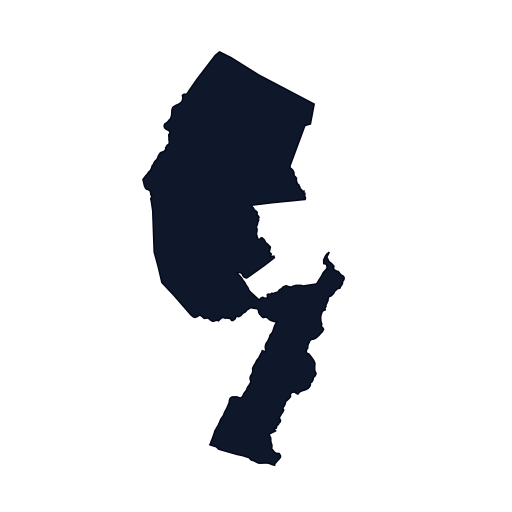 the district of Morada Nova, Ceará, Brazil, rotated 164°
{"feature_id": "56859067B80919104453248", "entity_name": "Morada Nova", "entity_type": "district", "adm_level": 2, "iso_a3": "BRA", "parent_name": "Brazil", "parent_adm1": "Ceará", "projection": "robinson", "projection_center": [-38.436, -4.973], "detail": "fine", "context": "isolated", "style": "filled", "palette": "ink", "viewbox_px": 512, "rotation_deg": 164, "n_neighbors": 0, "source": "geoboundaries", "source_scale": "gbopen_adm2", "svg_char_len": 6107}
<svg xmlns="http://www.w3.org/2000/svg" viewBox="0 0 512 512"><g transform="rotate(164 256 256)"><path d="M282.8,428.0L283.8,426.0L285.1,424.6L286.9,423.8L288.4,423.3L291.6,422.9L294.4,422.1L295.7,421.0L296.6,419.5L297.9,415.7L298.5,414.3L300.2,411.6L302.0,410.7L303.1,409.8L304.4,409.1L305.7,408.5L307.1,408.2L308.1,407.2L308.6,405.8L308.5,404.4L307.4,402.5L306.1,401.5L304.8,399.9L304.6,398.2L305.4,397.3L306.4,396.8L307.3,392.9L307.7,391.5L307.8,390.2L308.1,388.9L309.0,387.5L311.0,386.9L312.1,385.7L313.0,385.0L313.6,383.1L315.7,381.9L319.0,381.7L320.3,381.0L322.5,378.9L323.5,377.3L325.2,375.8L326.5,375.3L328.3,373.8L329.5,372.2L330.7,371.5L331.5,370.5L332.2,369.2L333.2,368.2L334.0,367.2L335.3,366.7L336.6,365.9L337.6,364.8L339.3,363.9L343.6,360.7L343.9,354.1L343.5,351.7L342.8,350.4L341.8,349.8L340.7,348.9L339.7,347.4L340.2,343.8L339.7,342.2L340.5,341.0L341.5,339.9L341.5,338.0L342.8,328.1L352.8,287.9L353.0,272.4L353.8,256.4L346.0,241.3L334.7,217.1L333.5,215.4L332.4,214.1L331.2,213.7L329.1,214.0L326.8,214.6L325.7,214.2L324.4,212.5L323.1,210.3L319.5,209.7L318.2,208.3L317.4,206.9L316.2,205.6L315.0,204.9L313.0,205.1L311.3,205.0L309.8,204.0L308.5,204.9L306.9,205.6L304.7,206.2L303.2,204.9L300.9,204.3L297.9,202.9L297.3,200.8L296.0,200.3L293.6,201.2L292.4,202.5L291.6,203.6L289.4,202.4L287.8,202.7L286.4,203.2L285.3,204.0L283.7,204.8L281.9,205.1L280.7,205.7L279.6,206.7L278.4,206.9L276.1,207.6L274.7,207.6L273.5,206.8L269.3,204.9L268.7,203.6L268.9,201.1L268.7,199.4L267.7,197.7L267.3,196.4L266.1,194.8L264.5,194.7L262.6,194.2L261.5,192.6L260.7,191.2L259.4,189.9L257.7,188.7L256.1,187.7L254.1,187.0L256.9,184.3L258.7,181.9L260.2,179.5L261.5,177.9L264.3,176.1L265.5,174.0L267.1,172.2L268.1,171.0L270.4,169.2L271.5,167.6L272.3,165.7L272.5,163.7L273.0,162.3L274.1,161.4L275.0,162.5L276.1,163.3L277.1,161.8L278.3,160.7L281.6,157.1L283.1,156.2L284.6,154.9L285.8,153.4L288.3,151.2L290.3,148.9L290.6,147.1L291.2,145.6L291.9,144.4L293.1,143.1L294.2,142.3L295.2,140.8L295.7,138.8L295.4,137.1L296.3,135.6L298.5,133.5L299.9,132.5L301.1,131.2L302.2,129.6L304.2,128.2L305.7,127.0L307.3,125.1L308.5,124.2L309.6,123.8L311.0,124.2L312.3,125.3L313.6,126.0L316.1,126.7L317.9,127.1L320.2,126.3L321.4,124.5L322.0,122.7L323.1,121.4L325.6,118.2L328.8,114.9L330.1,113.4L330.8,112.2L332.1,111.0L334.9,108.8L336.7,106.4L339.4,103.3L341.3,101.6L343.8,99.1L345.3,96.7L349.0,91.6L350.3,90.1L351.1,88.6L352.4,87.3L350.9,86.2L346.9,83.6L346.2,82.6L345.2,80.6L343.9,79.8L328.7,70.3L324.4,68.1L318.2,64.0L317.5,62.4L316.8,61.2L314.2,59.5L311.4,56.8L310.4,56.1L308.8,55.6L303.6,54.3L302.4,53.9L301.1,53.3L300.0,52.6L297.7,50.8L295.8,49.7L295.1,51.1L291.3,53.6L290.0,54.3L288.3,55.5L287.5,56.9L287.7,58.2L288.3,59.9L289.8,60.3L291.2,60.9L292.4,62.5L294.1,66.6L293.1,68.6L292.8,70.4L292.9,72.0L292.9,73.8L292.4,75.2L292.0,77.4L292.4,79.2L292.5,80.8L291.1,81.5L289.8,81.6L288.3,82.0L286.9,82.1L285.4,82.5L286.2,83.6L285.9,85.1L284.2,84.8L283.4,85.9L282.6,87.3L280.9,87.9L279.9,89.1L278.6,89.7L277.7,91.2L278.2,93.4L277.6,94.9L276.1,96.1L275.0,97.4L273.7,98.1L271.8,100.3L272.3,101.6L271.5,103.1L270.3,104.0L269.0,105.4L267.1,108.5L266.0,108.6L262.9,110.3L261.5,111.4L261.3,112.8L260.8,114.1L259.1,114.9L257.2,114.8L256.0,114.2L255.1,112.8L253.8,111.7L251.8,113.2L249.1,113.7L244.8,113.8L242.1,114.5L240.3,115.8L239.3,116.9L239.0,118.2L238.4,119.2L237.1,119.5L235.4,121.1L234.4,123.2L231.9,124.7L230.6,126.6L231.1,129.3L230.6,131.7L229.6,134.8L229.0,136.1L229.0,137.9L229.3,139.6L229.8,141.2L230.8,144.1L231.6,145.7L231.9,146.9L233.9,148.6L234.0,150.7L233.0,152.2L231.7,153.1L230.8,155.8L229.7,157.3L228.8,158.1L228.0,159.3L226.8,160.3L225.3,160.5L223.6,160.2L221.4,160.5L219.2,161.4L217.3,162.4L215.7,163.4L214.7,164.1L213.6,164.6L212.4,165.6L211.2,167.0L211.7,168.9L212.6,170.1L212.2,171.3L211.4,172.5L211.7,174.3L210.9,178.7L210.1,180.7L208.4,183.3L207.3,184.7L204.2,185.2L204.1,187.1L202.7,188.0L202.3,189.7L200.9,191.1L200.1,192.3L199.1,193.2L198.5,194.8L197.4,196.6L196.1,196.9L194.8,196.9L191.9,198.5L189.8,200.6L188.2,201.3L186.9,202.1L184.1,202.0L183.4,203.0L182.5,203.9L181.3,204.7L180.3,206.0L179.7,207.7L178.0,209.0L177.2,210.8L177.6,212.5L179.7,214.7L180.4,216.4L181.1,218.4L182.6,219.2L185.1,221.8L183.9,224.8L185.5,228.0L187.0,230.0L187.7,231.6L187.7,233.0L188.2,234.5L187.9,235.8L185.8,238.0L184.5,239.6L187.6,238.2L189.6,236.5L192.1,233.5L193.0,230.0L191.6,229.3L190.6,228.4L190.8,225.2L192.2,223.8L195.3,221.9L196.7,220.8L197.5,219.7L200.4,217.0L202.0,215.7L204.6,213.2L205.7,212.5L218.9,214.2L220.5,215.2L222.1,215.8L224.1,216.3L225.6,216.8L227.4,216.7L228.9,216.8L230.6,216.4L232.2,217.1L233.7,217.9L235.0,219.1L236.9,219.0L238.9,218.6L240.4,217.5L241.8,217.3L242.9,216.9L244.0,216.1L244.9,215.3L247.8,215.4L249.7,215.1L251.1,215.9L252.3,215.3L253.5,215.4L254.7,216.1L255.9,215.7L256.0,214.3L256.5,212.7L258.3,212.8L259.5,213.2L260.9,214.5L262.9,214.2L264.1,213.4L265.2,213.0L271.6,223.5L272.3,225.2L272.4,227.3L273.7,231.4L274.0,233.2L274.5,234.7L275.2,236.2L275.7,238.2L276.3,239.7L277.2,241.6L278.5,243.7L278.5,245.0L276.3,244.6L274.9,243.7L274.2,242.1L274.0,240.8L273.5,239.3L272.3,238.2L271.2,237.4L268.3,238.3L250.5,244.6L238.8,249.3L238.8,250.9L242.4,251.5L240.7,253.8L242.2,256.0L239.7,260.6L240.3,261.9L242.1,265.0L243.1,266.3L243.4,268.7L244.0,270.1L245.3,272.0L246.7,271.9L247.9,270.6L249.3,271.6L249.6,273.4L249.5,275.1L249.6,276.9L248.8,278.6L248.0,280.0L247.5,281.9L247.9,283.5L246.9,284.8L245.9,286.0L244.9,288.1L243.6,289.5L243.3,291.5L242.4,292.5L242.8,293.8L243.4,294.8L243.5,296.3L242.8,297.3L243.2,298.8L244.2,299.7L245.0,301.3L245.3,303.0L246.3,304.6L246.7,306.1L226.1,302.8L193.2,296.8L192.4,298.1L192.6,299.4L192.3,301.3L191.7,302.8L192.8,303.7L191.9,305.1L193.7,305.6L193.9,307.3L195.1,308.1L194.8,309.9L195.2,311.6L195.3,312.9L196.5,314.0L196.3,315.5L196.4,317.6L195.6,319.6L196.4,321.5L197.2,322.7L196.5,326.1L197.1,328.8L198.9,331.4L198.5,333.2L173.0,367.9L167.3,367.9L158.2,386.0L203.5,429.3L225.3,453.6L234.8,462.3L239.7,460.2L263.9,442.3L275.4,432.9L276.3,432.0L277.7,430.9L278.8,430.8L280.7,431.4L282.5,430.7L282.8,428.0Z" fill="#0f172a" stroke="#020617" stroke-width="1.5"/></g></svg>